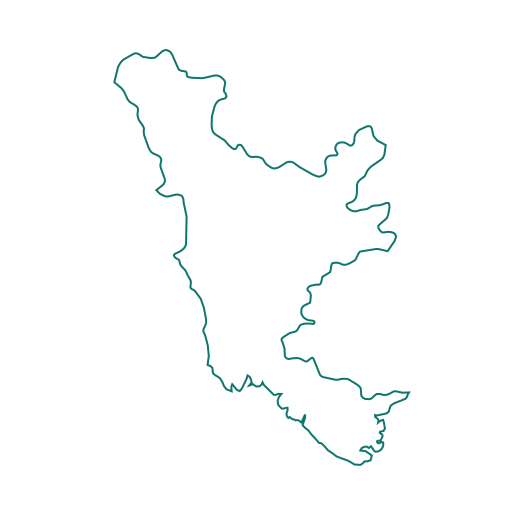 the Province of P'yŏngan-namdo, rotated 286°
{"feature_id": "PRK-3313", "entity_name": "P'yŏngan-namdo", "entity_type": "Province", "adm_level": 1, "iso_a3": "PRK", "parent_name": "North Korea", "parent_adm1": "", "projection": "albers", "projection_center": [126.179, 39.498], "detail": "fine", "context": "isolated", "style": "outline", "palette": "teal", "viewbox_px": 512, "rotation_deg": 286, "n_neighbors": 0, "source": "natural_earth", "source_scale": "10m", "svg_char_len": 6129}
<svg xmlns="http://www.w3.org/2000/svg" viewBox="0 0 512 512"><g transform="rotate(286 256 256)"><path d="M167.0,440.7L165.2,440.1L161.8,439.9L159.9,439.0L152.2,429.1L149.5,426.9L147.3,426.5L143.2,426.5L141.2,425.4L140.1,423.9L135.8,415.7L135.9,414.4L134.3,414.8L133.2,417.5L131.9,419.1L129.5,419.3L131.1,420.4L132.4,421.7L133.5,423.3L130.9,425.0L125.7,427.5L123.0,426.8L121.3,423.7L120.1,423.7L119.1,426.6L117.5,427.4L112.9,426.6L112.2,424.7L111.6,423.6L110.6,423.6L109.7,424.9L110.1,426.3L111.9,428.2L111.8,429.6L109.3,430.5L106.6,430.4L104.0,429.4L101.8,427.3L100.8,424.9L101.4,423.0L104.8,419.0L102.5,417.4L103.3,415.3L102.5,412.7L100.5,410.6L97.8,409.9L98.6,415.3L96.2,422.3L91.3,422.5L89.3,419.7L88.6,417.1L86.0,415.7L84.0,414.0L82.7,408.1L83.8,404.4L84.6,400.8L85.5,388.8L87.5,383.6L89.2,378.5L92.1,374.1L94.0,370.5L93.7,368.1L96.0,364.7L99.7,358.5L102.9,354.2L104.3,350.6L106.2,347.4L113.9,347.8L117.2,346.9L108.5,345.5L109.7,342.2L109.6,340.7L108.9,339.5L109.3,338.0L109.2,336.2L109.5,334.6L110.2,333.6L110.4,332.8L109.2,331.7L110.8,329.7L112.6,328.8L116.9,328.8L118.8,328.1L118.2,326.6L116.9,324.6L116.4,322.8L118.9,318.5L122.6,316.7L126.7,316.9L130.4,318.4L129.4,315.0L127.9,313.3L127.5,311.3L134.1,299.3L136.4,297.1L133.7,296.7L131.5,295.0L130.7,292.0L131.9,288.2L131.1,287.4L129.6,285.2L132.0,286.1L133.0,286.9L136.6,284.7L138.1,283.1L138.9,280.8L135.4,280.8L124.9,279.0L121.6,277.6L122.1,274.4L126.2,268.5L124.3,268.3L122.5,268.6L119.2,269.9L119.8,264.2L122.3,260.9L125.6,258.4L128.6,255.0L129.5,252.4L130.2,249.4L131.5,246.9L136.3,245.0L137.7,242.7L137.9,239.5L146.9,238.2L156.7,234.3L165.4,229.2L168.9,226.3L170.2,225.8L171.5,225.7L175.1,226.4L178.1,226.5L181.0,225.6L191.5,220.4L199.5,214.8L205.2,207.5L206.0,206.0L206.7,202.7L207.7,201.6L213.1,200.6L214.6,199.8L218.9,195.4L222.2,192.6L223.5,190.8L225.5,187.3L227.5,185.1L229.7,184.0L231.1,182.9L231.9,179.5L232.5,178.3L233.7,177.0L234.7,177.0L235.6,177.4L239.7,181.9L243.0,184.4L245.4,185.3L248.0,185.5L274.9,178.4L286.8,172.0L290.6,170.5L292.3,169.3L293.3,168.1L293.6,166.9L293.5,164.2L293.2,162.9L292.6,161.5L289.1,155.4L288.4,152.9L288.6,150.2L289.4,146.2L291.8,142.1L299.1,147.2L300.3,147.6L302.9,147.9L305.0,147.0L314.9,139.9L316.9,139.0L321.9,138.6L323.1,138.0L324.4,136.9L325.4,134.6L326.3,128.7L327.2,126.3L330.4,123.0L341.1,115.3L344.1,113.9L347.8,113.1L349.1,112.2L350.5,110.8L354.2,106.1L356.5,104.4L359.2,103.1L364.4,102.2L365.7,101.5L366.9,100.0L367.9,97.1L369.3,92.1L371.3,89.3L377.6,83.9L380.1,80.7L384.0,71.9L399.4,71.3L401.7,71.7L404.8,72.6L407.1,73.7L408.5,74.7L416.6,82.6L417.5,83.9L418.0,86.1L417.6,88.5L416.7,90.8L416.3,92.5L417.0,98.7L417.8,101.8L418.7,104.0L420.4,105.4L426.7,109.3L428.3,111.0L429.2,112.5L429.3,113.8L428.9,116.4L428.4,117.5L426.7,119.7L414.5,129.8L413.8,130.8L413.5,132.1L413.5,133.7L414.0,137.5L413.4,138.6L410.1,140.0L409.4,141.0L409.4,143.4L409.9,146.3L412.0,154.9L412.8,156.9L417.9,166.0L418.6,168.0L418.9,170.3L418.3,173.0L416.7,176.3L415.9,177.3L415.0,178.1L413.9,178.7L407.1,179.3L405.9,179.7L404.9,180.4L403.5,182.3L401.4,183.6L399.6,183.3L398.9,182.6L396.6,178.9L394.8,176.9L391.6,175.5L389.0,175.0L378.1,175.1L368.8,177.5L365.3,179.1L363.1,180.9L362.2,182.4L361.4,184.3L358.6,193.6L358.0,194.8L355.2,198.9L353.0,203.6L352.7,205.4L353.2,206.7L354.2,207.3L357.6,208.1L358.1,208.7L358.5,210.1L358.4,211.3L357.9,212.2L351.4,219.4L350.2,221.6L349.9,223.3L350.0,224.7L351.7,229.6L351.8,233.8L351.3,235.4L350.4,236.7L348.1,239.2L346.8,241.2L345.4,245.3L345.0,247.5L345.1,249.3L346.2,251.6L347.9,253.8L354.5,259.7L355.4,261.2L356.2,263.5L356.2,265.1L356.0,266.5L353.5,273.3L350.0,287.7L349.5,291.5L349.5,294.1L349.9,295.3L351.5,297.7L353.8,299.6L356.3,300.1L358.3,299.8L365.0,296.7L366.3,296.4L368.7,296.5L370.0,296.9L371.3,297.7L372.9,299.5L374.9,305.3L375.6,306.1L376.6,306.2L377.6,305.6L379.4,303.6L380.5,302.8L383.0,302.3L385.5,302.8L386.6,303.4L387.6,304.5L388.5,306.0L389.2,308.3L389.4,310.0L389.2,311.5L388.1,315.8L388.3,317.0L389.2,318.0L391.6,318.9L392.8,318.9L397.6,317.9L400.1,317.9L401.8,318.4L405.5,320.3L411.0,326.7L411.7,328.0L412.1,329.9L411.6,331.0L410.7,332.0L403.7,335.9L400.3,341.0L398.4,350.1L388.8,351.5L385.1,350.9L382.8,349.4L373.9,342.1L371.4,340.7L368.9,339.6L363.5,338.7L362.3,338.3L358.5,335.3L355.2,333.6L352.6,333.4L344.4,335.6L341.9,336.0L339.1,335.9L337.8,335.6L335.4,334.2L334.4,333.2L331.7,329.7L330.5,328.9L329.1,329.2L327.5,330.7L326.4,333.4L326.0,335.3L325.9,337.0L326.4,339.4L326.9,340.6L329.2,344.0L330.7,347.6L331.9,349.9L335.9,353.8L336.7,354.9L338.8,360.7L340.9,364.1L342.3,365.7L342.9,366.8L343.4,368.9L342.2,369.9L339.7,370.9L333.5,371.6L330.6,371.6L328.4,371.3L319.9,365.8L318.7,365.3L317.4,365.6L316.0,366.6L314.0,369.2L313.6,370.9L313.8,372.4L314.9,374.5L315.7,376.6L316.1,378.6L316.2,380.9L316.0,382.4L315.6,383.4L313.7,385.2L309.0,385.2L296.9,381.2L296.5,372.5L296.0,369.9L289.5,356.0L288.8,354.7L287.1,354.0L279.8,352.6L278.7,351.9L274.4,347.6L272.5,345.0L271.8,343.0L271.6,340.9L272.1,338.8L272.0,336.1L271.1,333.2L270.0,331.3L267.4,331.0L262.2,331.7L260.8,331.6L254.3,325.6L248.6,325.9L246.5,325.4L245.8,324.5L244.9,321.3L242.6,317.0L240.9,315.1L238.5,314.5L237.3,315.0L236.1,317.5L234.8,318.8L232.9,319.7L226.1,320.9L221.3,315.6L220.0,314.9L218.8,314.5L217.1,314.4L213.2,315.4L211.3,317.1L210.2,318.5L209.3,320.6L208.7,323.6L209.4,327.9L209.3,329.8L208.6,330.5L207.1,330.5L206.8,330.2L206.3,329.1L205.8,326.0L204.3,321.2L202.6,318.5L201.5,317.5L196.4,316.1L194.7,315.2L193.6,313.8L191.3,309.7L186.0,305.0L183.5,303.5L181.9,303.9L180.1,305.5L174.9,308.9L167.9,311.3L166.4,312.8L166.1,313.5L165.9,315.7L167.6,319.0L169.3,323.8L169.5,325.3L169.4,327.4L168.3,332.5L168.4,333.4L168.9,334.2L173.4,337.5L173.7,338.0L173.7,338.7L172.8,339.8L159.4,350.3L158.5,351.9L158.1,353.7L158.9,365.9L159.7,369.2L160.9,370.9L161.8,373.0L162.9,376.8L162.9,379.2L160.1,389.1L158.4,392.5L156.6,393.6L151.3,395.5L150.4,396.1L149.1,398.0L148.8,399.4L148.8,401.0L149.7,404.6L150.5,405.9L151.7,406.8L153.9,408.0L156.5,409.9L157.7,413.9L157.5,416.7L158.6,419.9L160.5,422.4L163.7,425.6L164.3,426.9L164.6,428.5L164.9,434.2L167.0,440.7Z" fill="none" stroke="#0f766e" stroke-width="2"/></g></svg>